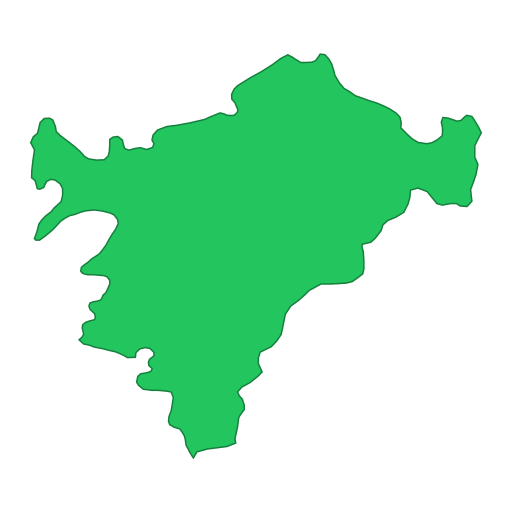 outline of Loyew, Gomel, Belarus
{"feature_id": "67162791B2494752626310", "entity_name": "Loyew", "entity_type": "district", "adm_level": 2, "iso_a3": "BLR", "parent_name": "Belarus", "parent_adm1": "Gomel", "projection": "natural_earth1", "projection_center": [30.598, 51.937], "detail": "fine", "context": "isolated", "style": "filled", "palette": "green", "viewbox_px": 512, "rotation_deg": 0, "n_neighbors": 0, "source": "geoboundaries", "source_scale": "gbopen_adm2", "svg_char_len": 3760}
<svg xmlns="http://www.w3.org/2000/svg" viewBox="0 0 512 512"><path d="M287.8,54.8L280.7,58.5L272.5,64.6L261.3,71.7L250.2,77.8L241.7,83.1L237.6,85.7L234.0,89.3L231.6,94.4L231.8,99.1L235.0,102.8L236.6,106.8L237.8,109.4L237.4,112.3L234.2,115.3L231.4,115.5L227.1,115.3L224.4,114.0L220.1,112.9L214.9,115.0L210.0,117.0L204.8,119.4L198.4,120.9L189.8,122.9L176.7,125.3L167.0,126.5L157.6,130.0L153.1,135.0L152.0,140.0L153.9,143.6L152.7,147.4L146.7,149.5L140.4,147.7L135.9,148.3L128.8,150.1L124.7,148.6L123.2,143.9L122.4,140.0L117.9,136.5L113.1,137.1L109.7,139.4L109.7,145.3L109.3,151.5L108.2,156.0L104.1,159.8L96.6,160.1L88.7,158.9L84.6,156.5L80.1,151.5L74.5,146.5L68.1,141.5L59.9,135.3L56.2,131.5L55.4,126.5L52.8,120.0L49.5,118.2L44.2,118.5L40.1,122.6L39.0,127.4L37.5,133.3L33.3,136.8L30.7,142.7L30.8,142.8L34.5,149.8L32.9,160.7L31.8,170.8L31.6,177.8L31.8,177.8L35.1,180.7L36.3,184.7L37.3,188.7L39.9,189.2L43.8,187.4L45.2,184.1L46.6,181.5L50.7,179.4L55.0,180.0L60.1,183.8L62.5,188.3L62.7,194.9L61.2,201.5L58.1,204.4L54.0,208.1L51.2,211.7L45.7,215.9L41.8,219.9L38.9,224.0L36.8,232.2L34.4,238.6L35.8,240.1L39.6,240.1L45.4,235.9L52.8,229.7L56.7,225.5L60.7,221.2L65.3,218.0L69.6,215.7L74.9,214.4L80.4,212.3L85.7,210.8L91.9,210.2L94.5,210.0L102.2,211.0L110.8,213.2L114.2,215.1L117.5,219.3L118.3,223.5L115.6,229.3L111.8,234.8L109.1,239.3L105.8,245.4L101.9,250.7L99.0,254.1L91.8,258.8L87.8,262.4L84.1,265.0L81.4,267.3L80.8,270.4L80.9,271.5L82.9,273.5L87.5,274.7L93.3,274.7L97.9,275.1L103.8,275.6L107.1,276.8L109.6,280.1L109.9,283.8L108.1,287.9L105.9,292.7L103.0,295.2L101.8,298.3L100.4,300.1L97.5,301.1L93.3,301.8L90.1,303.0L89.1,305.2L89.1,307.0L90.3,309.7L94.7,313.8L95.4,317.4L94.5,319.7L89.4,321.0L85.6,322.3L82.7,324.8L82.2,327.8L82.7,330.1L83.7,334.1L82.2,336.9L79.1,339.8L83.6,344.0L88.4,344.9L94.9,347.2L102.8,348.7L110.0,350.6L115.1,351.7L119.9,353.6L123.7,355.4L127.5,357.6L135.4,357.3L135.9,352.7L139.8,348.9L145.3,347.6L150.1,348.5L154.2,352.7L153.7,356.1L149.6,359.2L148.4,362.2L148.9,365.6L152.2,368.5L151.2,370.9L149.4,372.0L145.7,373.0L140.8,373.7L137.8,376.4L136.6,382.1L138.6,385.4L143.3,389.2L151.5,390.3L157.7,390.3L166.4,391.1L171.2,392.0L173.3,397.5L172.3,404.3L171.2,410.7L169.0,416.4L168.5,421.1L169.7,424.7L174.1,427.2L179.8,428.9L182.5,432.7L184.4,436.0L185.3,439.6L186.1,445.1L188.0,448.7L189.9,452.4L193.0,457.5L193.4,457.9L196.9,451.9L207.4,449.0L227.0,446.5L235.7,443.1L235.0,438.7L237.5,427.0L238.7,417.8L240.0,415.3L244.3,409.5L244.2,405.1L242.4,399.3L239.3,395.8L237.5,392.0L241.8,387.1L249.8,382.7L257.8,376.4L262.1,372.0L258.4,363.7L258.4,357.9L260.2,352.1L271.3,346.7L276.8,340.9L281.1,334.6L282.3,329.2L285.4,314.1L290.9,305.9L298.3,300.6L304.4,295.2L309.3,290.4L321.0,284.0L330.8,284.0L338.2,283.6L346.1,283.1L352.3,281.6L357.8,277.7L362.7,273.9L363.9,269.0L363.9,261.7L363.3,251.6L362.1,247.7L362.1,244.3L370.7,242.3L375.0,238.5L381.1,230.7L382.9,224.9L387.8,220.5L395.8,217.2L403.8,212.3L408.0,204.1L409.9,197.3L410.5,190.1L417.8,188.1L427.1,191.5L432.6,198.3L436.9,203.6L442.4,205.1L450.4,203.6L456.5,203.6L460.2,206.0L467.0,206.5L471.9,201.2L471.2,195.4L470.6,189.6L473.7,181.3L476.1,174.1L477.9,164.4L474.8,157.2L474.8,145.6L477.9,139.3L481.3,132.8L478.6,127.2L474.3,120.0L471.9,116.5L466.7,115.3L464.3,117.2L461.2,120.3L457.2,121.2L448.1,118.1L442.9,117.5L441.3,122.2L442.5,127.8L442.5,132.5L442.1,135.9L437.4,139.7L431.8,142.8L426.7,143.7L418.3,142.5L412.4,139.0L407.2,134.3L400.8,127.8L401.2,122.5L400.0,117.2L396.1,113.1L389.3,108.7L384.9,106.5L377.0,103.1L369.0,100.6L355.1,95.6L350.0,91.9L344.0,88.4L339.3,82.8L334.9,75.3L333.7,70.3L331.7,64.1L328.9,59.1L324.9,54.7L320.2,54.1L316.6,59.4L315.4,60.7L311.9,62.2L305.9,62.5L300.8,62.5L295.6,59.4L292.4,57.2L287.8,54.8Z" fill="#22c55e" stroke="#15803d" stroke-width="1.5"/></svg>